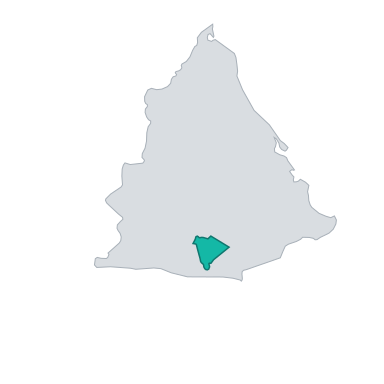 location of Granada within Nicaragua, rotated 321°
{"feature_id": "NIC-655", "entity_name": "Granada", "entity_type": "Department", "adm_level": 1, "iso_a3": "NIC", "parent_name": "Nicaragua", "parent_adm1": "", "projection": "mercator", "projection_center": [-85.973, 11.905], "detail": "fine", "context": "in_parent", "style": "filled", "palette": "teal", "viewbox_px": 384, "rotation_deg": 321, "n_neighbors": 0, "source": "natural_earth", "source_scale": "10m", "svg_char_len": 2936}
<svg xmlns="http://www.w3.org/2000/svg" viewBox="0 0 384 384"><g transform="rotate(321 192 192)"><path d="M313.7,74.6L312.2,76.7L310.5,78.0L307.1,84.7L305.9,85.3L305.7,80.3L303.6,79.7L301.2,81.5L299.9,84.0L302.0,87.3L303.8,87.3L306.0,88.2L312.1,111.0L310.8,115.1L307.0,121.4L303.5,126.8L299.9,130.1L295.6,144.4L291.6,167.7L294.4,188.5L293.0,207.7L294.2,212.3L294.6,217.9L291.7,218.9L290.0,218.8L288.4,215.3L288.5,212.2L290.3,208.7L291.0,203.8L290.2,201.3L288.5,206.8L285.4,209.3L283.4,210.1L281.5,212.9L283.6,218.2L286.2,222.0L287.1,224.8L286.1,228.1L285.5,239.3L284.6,239.0L283.6,237.5L280.8,237.4L280.5,241.9L280.7,244.4L278.3,246.4L277.5,248.3L279.4,249.7L281.5,250.5L284.2,250.3L286.4,255.9L287.0,260.4L282.0,264.5L280.3,268.0L277.4,272.1L275.8,276.2L275.4,279.2L277.3,288.5L280.8,295.1L283.7,299.3L287.6,300.2L286.6,304.6L283.7,307.4L278.4,309.8L272.6,310.2L263.1,308.0L259.2,307.7L257.6,306.6L257.2,304.4L254.5,301.1L249.5,296.8L246.6,297.1L241.9,296.1L234.0,293.2L230.4,292.8L225.2,295.4L219.2,298.7L204.7,293.5L194.5,289.8L185.3,286.5L182.8,285.3L180.8,285.5L179.1,287.3L177.1,290.3L176.4,291.2L175.4,292.0L174.2,292.3L174.1,290.8L169.6,284.8L162.5,277.5L135.1,255.1L125.0,241.7L119.6,232.0L114.5,227.0L99.7,216.7L96.3,212.6L81.6,198.8L70.5,190.7L70.3,187.3L74.9,183.0L77.2,183.2L79.6,186.3L83.6,189.8L85.4,189.8L88.2,188.2L88.3,186.6L103.3,185.9L106.0,185.0L108.7,182.4L110.1,178.9L110.3,175.5L110.9,173.0L113.3,170.6L117.7,169.9L121.1,169.7L122.1,168.0L121.0,162.8L119.2,150.2L118.8,146.7L119.5,144.0L120.8,143.1L127.5,142.4L140.1,143.5L142.5,142.7L147.5,135.5L152.2,130.2L155.6,127.9L158.2,127.2L161.3,131.8L171.9,138.6L173.7,138.2L174.7,137.8L175.1,136.8L174.9,133.7L177.5,130.9L183.1,128.4L188.6,123.9L194.2,117.5L199.0,113.7L203.1,112.6L204.6,110.8L203.7,108.5L204.0,105.1L205.6,100.7L208.0,98.2L211.1,97.5L212.3,96.1L211.7,94.1L212.3,91.8L215.1,88.1L221.8,84.9L225.7,85.9L228.9,90.2L233.4,93.1L239.3,94.7L243.8,94.1L247.0,91.4L249.9,90.6L252.5,91.7L253.9,91.1L254.0,88.8L255.3,88.3L257.9,89.5L260.1,89.8L262.1,89.2L262.8,88.2L263.2,87.0L264.7,86.2L269.7,87.0L275.4,85.7L281.7,82.3L285.8,80.7L287.9,81.1L290.4,79.4L293.2,75.5L299.8,73.8L313.7,74.6Z" fill="#d9dde1" stroke="#a8b0b8" stroke-width="1"/><path d="M168.4,229.7L168.7,230.7L168.8,231.6L168.9,232.0L169.2,232.4L169.6,232.7L170.5,233.0L172.0,234.3L174.9,238.4L178.9,238.1L186.1,258.2L166.1,258.2L164.3,258.7L161.9,259.3L161.7,259.2L161.1,258.7L160.9,258.4L160.7,258.3L160.4,258.2L160.2,258.2L160.1,258.3L159.9,258.5L159.1,260.3L158.5,261.3L158.3,261.4L156.8,262.2L156.6,262.4L156.2,262.4L154.9,262.1L153.9,260.9L153.8,260.4L153.7,259.6L154.0,257.9L154.5,256.9L155.1,256.0L155.2,255.5L155.2,254.8L155.0,253.9L154.8,252.6L155.1,251.2L156.2,249.2L156.5,248.6L157.5,246.3L158.0,245.1L158.2,244.7L160.1,240.4L162.3,235.6L162.2,234.8L160.4,232.7L164.9,230.7L166.6,229.4L167.0,229.3L167.4,229.3L168.4,229.7Z" fill="#14b8a6" stroke="#0f766e" stroke-width="1.5"/></g></svg>